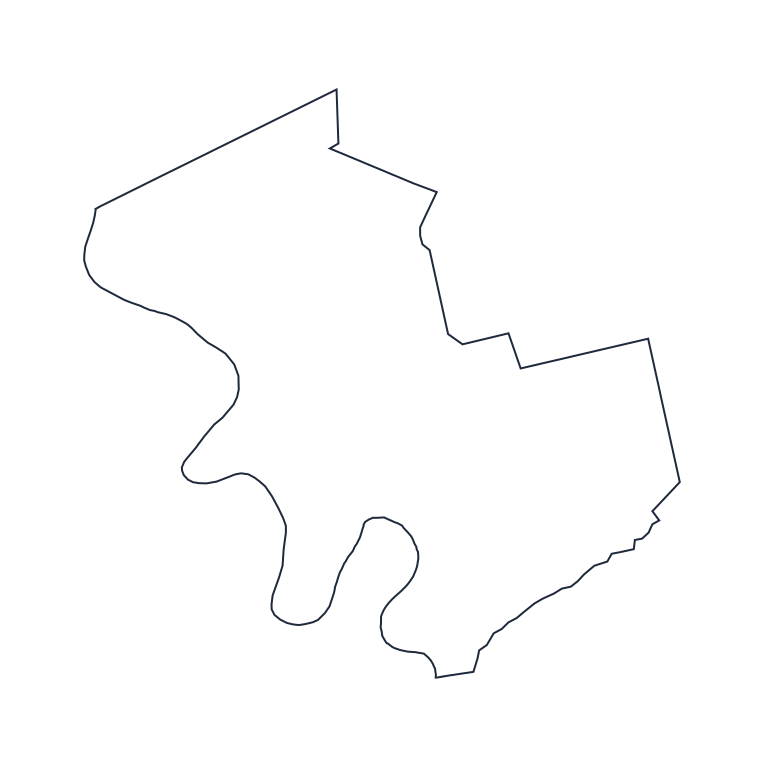 outline of San Javier, Misiones, Argentina, rotated 81°
{"feature_id": "61730980B6185383884221", "entity_name": "San Javier", "entity_type": "district", "adm_level": 2, "iso_a3": "ARG", "parent_name": "Argentina", "parent_adm1": "Misiones", "projection": "mercator", "projection_center": [-55.112, -27.774], "detail": "fine", "context": "isolated", "style": "outline", "palette": "slate", "viewbox_px": 768, "rotation_deg": 81, "n_neighbors": 0, "source": "geoboundaries", "source_scale": "gbopen_adm2", "svg_char_len": 3895}
<svg xmlns="http://www.w3.org/2000/svg" viewBox="0 0 768 768"><g transform="rotate(81 384 384)"><path d="M682.1,378.9L682.2,378.7L682.2,372.9L682.2,372.2L682.1,372.3L682.1,362.8L682.3,340.7L669.8,334.6L662.0,331.7L657.9,323.3L647.4,314.6L644.3,305.9L638.9,298.4L635.9,289.5L631.1,281.6L624.3,269.7L620.9,261.0L617.5,248.8L613.9,240.3L613.4,231.2L609.1,223.5L603.5,216.4L596.4,204.7L594.3,191.2L587.3,185.7L587.0,176.7L586.2,163.1L577.3,160.6L577.1,153.3L572.2,145.9L567.3,142.7L564.5,140.8L561.8,133.5L551.6,138.8L527.2,107.2L441.5,112.4L432.2,112.9L382.9,115.9L380.6,116.0L383.5,156.4L390.0,246.6L353.4,253.1L354.0,260.6L357.1,300.2L354.5,302.9L344.7,312.9L258.9,318.0L252.1,324.2L243.2,325.1L234.9,323.8L228.6,319.6L202.7,301.9L190.4,323.6L184.4,333.3L145.4,396.6L142.9,400.6L142.8,400.3L139.3,391.4L85.7,384.8L89.3,396.4L137.1,550.0L142.9,568.7L164.6,638.0L164.8,638.0L165.1,639.0L165.9,641.3L166.0,641.6L166.8,641.5L172.9,643.5L179.5,646.1L187.6,650.2L192.6,652.9L192.8,653.0L200.3,656.9L202.0,657.7L209.2,659.7L214.8,660.8L221.4,660.1L229.9,658.2L231.2,657.6L236.7,654.7L237.7,654.2L238.0,654.0L242.5,650.2L244.3,648.6L245.7,646.8L259.2,628.9L260.8,626.6L264.3,620.6L268.7,612.3L270.9,609.2L272.8,606.1L274.4,603.5L276.0,599.1L277.7,596.2L278.8,593.4L279.3,592.2L280.8,588.4L283.0,584.5L283.3,584.0L285.6,580.1L288.5,576.2L292.9,570.5L294.6,568.6L299.0,564.9L303.0,562.1L305.6,560.3L308.0,558.2L315.6,551.6L321.5,544.3L322.3,543.4L325.3,540.1L326.3,538.9L329.2,535.8L331.1,534.7L339.4,529.9L341.1,528.9L344.4,528.2L349.0,527.3L353.2,526.5L366.5,528.3L366.9,528.4L372.6,530.6L373.7,531.0L379.3,534.8L380.8,535.8L392.0,548.8L394.0,552.1L394.2,552.5L395.6,554.9L397.5,558.1L399.0,559.8L405.2,566.9L406.1,568.0L407.7,569.9L408.6,570.7L414.9,577.2L417.0,579.3L418.0,580.3L418.3,580.7L426.1,589.7L429.6,593.5L434.7,596.7L435.9,596.8L438.0,597.0L442.7,596.0L446.4,593.5L447.8,592.6L450.3,589.1L451.1,588.1L451.8,585.9L453.0,582.2L453.1,581.7L454.4,574.8L454.2,564.4L454.1,564.2L451.3,550.9L450.5,547.6L450.0,545.1L449.9,541.6L449.9,539.0L451.8,532.6L452.2,531.8L456.4,526.3L460.7,522.2L465.1,518.5L466.6,517.3L472.5,514.5L477.0,512.4L477.9,512.0L491.2,507.4L492.0,507.2L497.3,505.6L500.2,504.7L502.2,504.3L508.0,503.2L508.7,503.1L509.3,503.2L515.2,504.1L515.6,504.2L530.7,508.7L532.6,509.2L547.6,512.6L558.8,518.0L572.7,525.6L575.5,527.1L583.8,529.5L587.4,530.0L589.0,530.2L594.9,528.3L600.4,523.4L604.8,517.3L607.1,511.8L608.8,505.8L608.8,499.4L608.6,496.7L608.3,492.9L608.2,491.7L608.1,491.3L606.7,486.1L601.0,478.2L595.1,472.6L583.1,466.4L580.3,465.2L576.5,464.0L576.1,463.7L572.2,461.6L570.5,460.8L567.0,459.1L563.1,457.0L561.6,455.8L560.7,455.1L558.2,453.4L555.1,451.5L553.2,449.6L549.1,446.4L546.3,443.3L545.2,442.1L544.2,441.0L539.9,438.2L537.4,435.7L536.7,435.3L534.9,434.0L531.7,431.7L528.8,430.3L527.9,429.8L523.8,427.9L520.7,426.2L519.5,426.1L517.2,424.1L516.3,422.0L515.6,420.5L515.4,419.9L514.8,417.5L514.4,416.2L515.1,411.6L515.8,404.8L518.2,401.2L520.3,397.9L522.0,395.4L523.9,391.9L525.8,389.5L526.6,388.4L529.3,387.1L531.6,385.5L533.8,384.0L535.2,383.1L538.7,381.0L539.5,380.7L542.0,379.8L546.0,379.0L548.7,378.0L549.9,377.5L552.4,377.6L555.1,376.7L557.1,376.9L559.1,377.0L562.6,377.6L565.0,378.5L566.8,379.0L567.9,379.4L570.8,380.6L571.5,381.0L573.5,382.1L576.2,383.8L578.7,385.3L582.8,389.1L585.2,391.6L587.5,394.3L588.7,396.0L591.0,399.1L593.4,402.9L595.7,406.5L598.3,410.2L599.5,411.7L601.0,413.6L603.7,416.5L604.2,417.0L605.3,418.0L607.6,419.9L611.5,422.4L613.2,423.3L619.5,424.3L623.8,425.4L625.8,425.2L628.4,425.0L632.6,425.1L633.1,424.9L637.6,423.2L640.4,421.9L641.1,420.6L644.5,417.5L646.4,415.1L649.3,409.6L652.0,402.6L653.1,398.0L654.0,394.0L654.6,392.8L656.5,386.8L658.8,384.9L661.1,383.0L661.7,382.7L664.4,381.0L667.8,379.6L668.9,379.3L671.1,378.8L672.9,378.1L675.8,378.2L676.4,378.2L679.2,378.2L682.1,378.9Z" fill="none" stroke="#1e293b" stroke-width="2"/></g></svg>